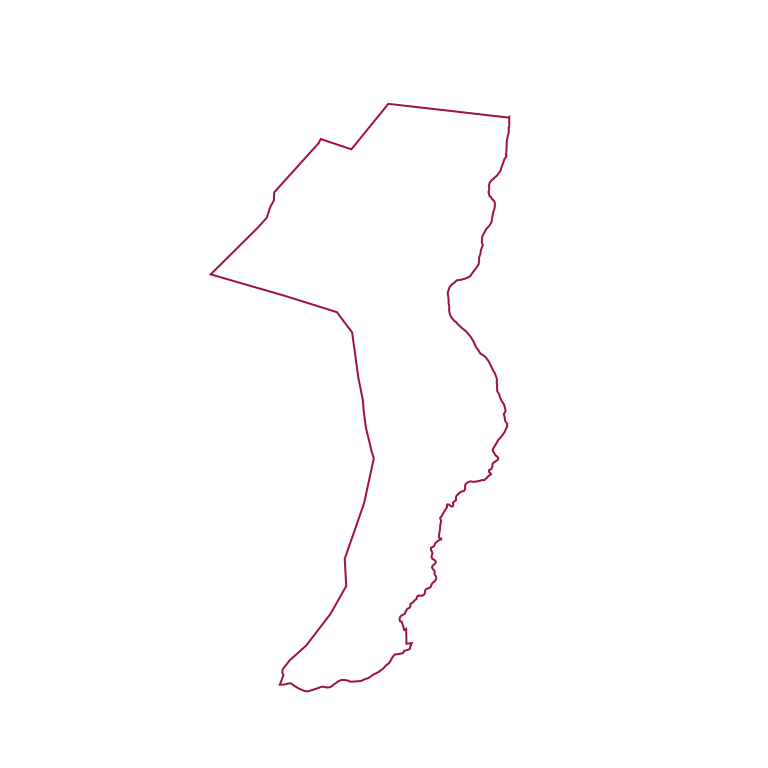 Santa Catalina Quierí, Oaxaca, Mexico, rotated 238°
{"feature_id": "50627088B85456617713752", "entity_name": "Santa Catalina Quierí", "entity_type": "district", "adm_level": 2, "iso_a3": "MEX", "parent_name": "Mexico", "parent_adm1": "Oaxaca", "projection": "mercator", "projection_center": [-96.271, 16.336], "detail": "fine", "context": "isolated", "style": "outline", "palette": "rose", "viewbox_px": 768, "rotation_deg": 238, "n_neighbors": 0, "source": "geoboundaries", "source_scale": "gbopen_adm2", "svg_char_len": 4450}
<svg xmlns="http://www.w3.org/2000/svg" viewBox="0 0 768 768"><g transform="rotate(238 384 384)"><path d="M149.5,270.3L151.8,265.4L159.3,269.9L164.6,273.0L164.6,270.8L173.0,273.1L174.3,271.8L176.5,272.6L177.7,274.0L178.2,274.8L178.3,276.6L178.2,278.1L178.2,279.4L178.2,280.2L178.6,280.7L179.5,281.4L180.0,283.0L180.8,283.8L181.0,284.7L180.7,286.3L180.8,287.2L181.5,288.5L182.7,289.4L183.3,289.8L183.5,290.2L183.4,290.8L183.4,291.6L183.5,292.6L183.6,293.0L184.0,294.3L184.4,295.6L184.3,296.7L184.3,297.3L185.4,298.5L186.1,299.5L186.4,300.6L186.2,301.5L185.3,302.4L184.3,304.1L184.1,306.1L184.8,307.7L186.2,308.8L187.3,309.8L187.7,310.8L187.3,313.3L187.0,315.4L187.5,316.6L188.2,317.2L189.0,318.6L189.7,319.9L189.7,321.1L189.8,322.3L190.4,323.9L191.3,325.0L192.6,325.9L193.6,326.1L196.0,326.2L197.1,326.7L198.1,327.6L199.6,327.7L201.2,327.3L203.0,327.5L204.1,328.8L204.3,330.4L204.6,332.2L205.3,333.4L206.7,333.9L208.5,333.3L210.0,332.4L211.8,332.4L212.9,333.3L213.8,334.2L214.5,335.3L215.9,335.7L218.2,335.9L219.5,336.5L220.2,337.2L220.2,338.1L219.9,339.6L220.1,340.9L221.4,342.3L221.9,343.8L222.3,346.0L222.4,347.7L222.4,348.8L221.9,349.8L222.1,350.4L222.8,350.6L223.5,349.7L224.8,349.2L226.4,350.2L229.5,353.1L232.1,355.2L234.7,357.0L236.4,358.8L237.6,359.9L239.6,360.3L240.8,360.8L241.3,362.8L242.5,364.7L243.8,367.4L244.4,368.5L245.0,369.7L245.6,370.9L246.1,372.1L247.1,372.7L247.9,373.1L248.3,373.8L248.2,374.3L247.7,374.9L246.0,375.6L244.9,376.1L244.1,376.5L243.9,377.1L243.9,377.6L244.5,378.5L245.7,379.2L246.5,379.4L246.8,379.9L247.0,380.5L247.2,381.4L247.3,382.1L247.2,383.1L247.8,384.0L249.0,384.5L250.1,385.2L250.9,386.6L251.4,388.8L251.9,391.2L251.5,393.5L251.0,395.6L251.9,397.1L254.4,398.6L256.0,400.3L256.2,402.2L255.8,405.3L255.0,406.5L253.4,408.3L252.3,411.0L251.4,413.1L250.6,416.2L249.3,418.0L250.0,421.9L250.7,424.0L250.8,425.4L250.7,426.9L251.5,427.0L254.0,426.5L255.3,427.6L255.0,429.8L256.0,431.6L258.0,433.3L258.8,433.8L259.3,435.7L259.3,439.4L259.5,440.4L260.3,441.4L262.3,441.7L264.1,440.8L267.7,440.9L269.7,440.9L270.9,441.6L271.9,443.5L274.5,448.6L275.8,450.8L277.3,455.9L279.3,460.7L282.7,465.8L284.9,467.2L285.0,467.4L288.5,467.2L292.1,468.8L295.0,469.6L295.4,470.5L296.7,472.9L298.5,473.5L302.8,474.9L305.0,474.9L307.9,474.8L311.0,475.3L314.7,476.2L318.0,476.3L321.8,478.4L323.4,479.5L325.8,480.5L328.2,482.3L330.6,482.9L334.4,483.7L337.4,483.7L343.7,484.4L348.1,484.8L353.3,484.3L355.5,483.5L358.8,481.8L361.7,481.9L367.0,481.6L368.7,481.9L373.3,482.5L378.4,482.5L380.2,482.2L384.4,481.7L387.6,480.7L390.1,479.7L393.1,479.0L395.4,478.2L398.0,478.0L400.2,477.1L403.9,476.5L406.1,476.5L409.2,477.2L412.1,478.3L414.3,480.0L418.5,481.7L421.3,483.5L427.6,486.4L429.6,488.6L431.4,491.0L432.4,494.0L432.8,497.9L433.3,500.8L431.6,504.5L430.5,508.1L429.9,511.4L429.7,514.2L431.3,517.6L433.6,523.9L435.3,527.5L437.9,529.9L440.8,531.6L443.2,534.6L446.1,537.1L449.6,541.6L452.5,542.1L457.1,545.6L459.9,550.4L461.5,553.4L462.3,557.0L464.3,560.9L469.2,565.3L471.9,567.7L473.7,570.1L476.4,572.5L478.0,573.5L480.2,574.4L484.2,573.6L485.8,573.7L487.3,573.1L491.4,574.3L492.6,575.8L494.9,577.4L496.5,578.0L498.8,580.4L499.6,582.7L500.3,586.9L500.9,590.5L501.6,592.1L503.3,596.1L506.0,599.0L506.9,600.4L508.3,602.1L511.1,605.6L512.1,608.6L513.9,608.9L515.3,610.3L520.6,614.0L524.3,616.3L527.8,619.5L530.4,622.4L532.6,624.0L535.3,625.6L536.4,627.0L544.2,631.7L544.1,630.6L619.3,536.1L600.3,480.7L625.3,460.1L622.9,456.2L604.7,392.4L598.1,388.0L594.2,381.1L587.2,372.8L583.4,359.6L568.8,295.1L511.9,346.1L469.9,382.1L444.6,384.3L403.2,365.7L381.3,357.4L371.1,352.1L356.0,345.3L338.9,339.7L334.9,338.2L326.4,336.0L293.5,304.0L256.6,258.1L232.7,244.9L218.7,219.2L217.6,217.3L203.4,179.3L199.6,157.5L199.2,156.4L195.7,146.8L193.3,144.9L190.4,144.5L184.2,136.3L182.0,140.1L181.1,143.0L180.5,144.4L179.5,146.5L175.4,148.0L170.4,150.7L168.0,152.3L165.2,154.5L163.6,156.8L162.5,161.0L161.8,164.0L161.0,167.1L160.7,169.2L159.7,171.9L158.0,173.5L156.5,175.3L155.5,177.7L155.4,179.4L155.9,183.3L155.9,185.6L156.1,188.1L155.5,191.3L153.5,194.2L151.1,196.7L149.4,197.6L147.8,200.4L145.4,205.0L144.4,207.1L143.8,211.4L142.9,214.7L143.0,217.9L143.2,220.2L143.1,222.6L142.7,226.4L142.8,228.7L143.0,232.3L143.8,234.8L144.4,237.2L144.5,240.0L145.7,242.7L146.8,244.5L147.6,246.2L148.6,248.3L148.8,249.9L147.5,252.8L146.7,254.5L145.8,257.8L147.0,259.7L145.9,263.3L145.6,265.6L147.3,266.9L149.5,270.3Z" fill="none" stroke="#9f1239" stroke-width="2"/></g></svg>